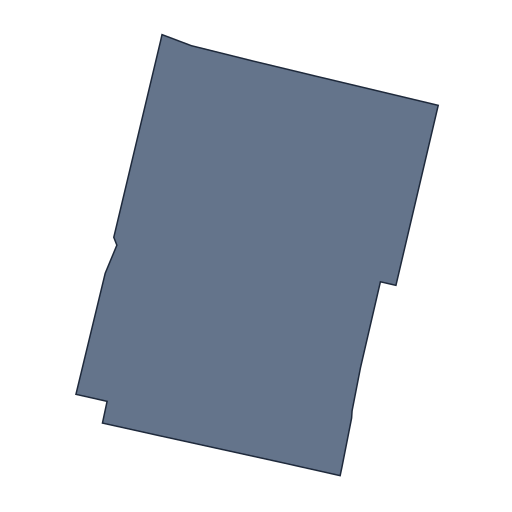 the district of Licking, Ohio, United States of America, rotated 100°
{"feature_id": "52423323B76437525910289", "entity_name": "Licking", "entity_type": "district", "adm_level": 2, "iso_a3": "USA", "parent_name": "United States of America", "parent_adm1": "Ohio", "projection": "natural_earth1", "projection_center": [-82.441, 40.095], "detail": "fine", "context": "isolated", "style": "filled", "palette": "slate", "viewbox_px": 512, "rotation_deg": 100, "n_neighbors": 0, "source": "geoboundaries", "source_scale": "gbopen_adm2", "svg_char_len": 429}
<svg xmlns="http://www.w3.org/2000/svg" viewBox="0 0 512 512"><g transform="rotate(100 256 256)"><path d="M269.5,394.9L299.2,401.5L423.5,409.3L425.0,377.4L447.2,378.2L449.8,318.7L454.9,195.5L457.7,135.0L448.9,134.7L399.0,133.7L391.8,134.5L347.8,133.7L259.8,129.0L260.6,113.1L76.0,102.7L68.4,230.1L64.5,293.1L60.1,356.3L54.3,387.0L60.8,387.3L262.3,399.3L269.5,394.9Z" fill="#64748b" stroke="#1e293b" stroke-width="1.5"/></g></svg>